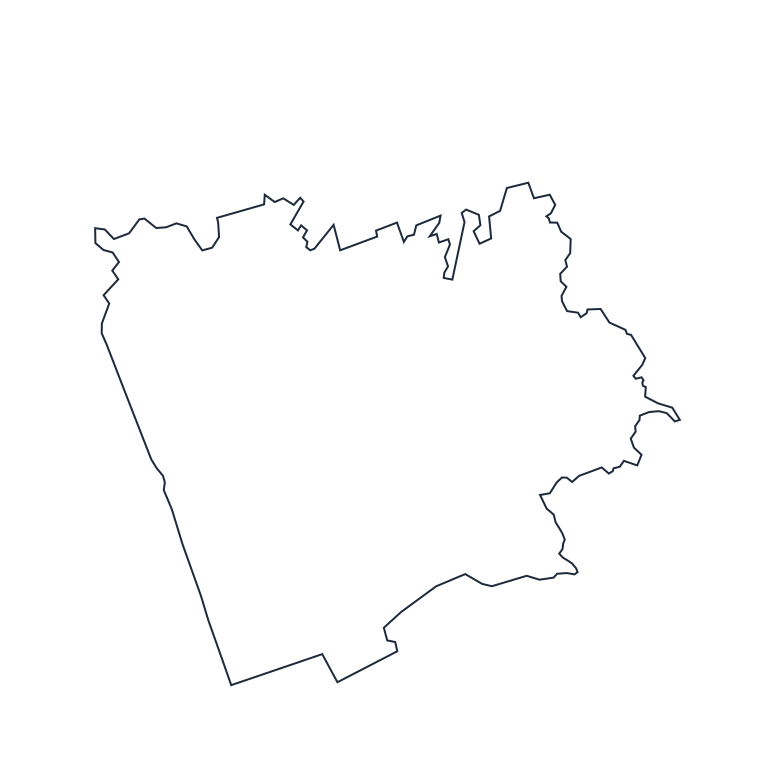 outline of Farish, Jizzakh, Uzbekistan, rotated 247°
{"feature_id": "79887680B52998751839701", "entity_name": "Farish", "entity_type": "district", "adm_level": 2, "iso_a3": "UZB", "parent_name": "Uzbekistan", "parent_adm1": "Jizzakh", "projection": "robinson", "projection_center": [67.349, 40.658], "detail": "fine", "context": "isolated", "style": "outline", "palette": "slate", "viewbox_px": 768, "rotation_deg": 247, "n_neighbors": 0, "source": "geoboundaries", "source_scale": "gbopen_adm2", "svg_char_len": 2446}
<svg xmlns="http://www.w3.org/2000/svg" viewBox="0 0 768 768"><g transform="rotate(247 384 384)"><path d="M139.5,464.5L141.7,469.2L138.5,478.5L134.3,485.0L135.2,488.7L139.2,488.8L145.2,487.1L149.3,484.4L154.4,480.8L159.4,479.0L162.3,483.8L167.2,486.7L170.1,489.6L177.1,489.8L183.1,489.0L189.5,487.9L197.4,489.2L205.8,485.0L220.9,484.3L218.6,493.9L225.9,504.5L228.4,511.3L226.3,515.7L220.3,518.9L223.2,527.6L222.1,551.8L213.7,556.0L214.4,560.5L216.7,562.4L215.7,568.7L219.5,574.8L210.1,585.3L218.2,593.4L227.8,589.2L237.3,589.8L241.8,597.0L246.9,598.6L251.0,605.1L254.9,607.1L254.6,617.1L251.6,626.4L246.7,632.9L235.9,637.1L235.4,642.3L249.6,640.1L259.0,628.8L270.3,619.4L278.9,623.8L281.3,621.6L284.8,622.5L286.0,624.4L289.5,623.7L290.5,617.8L294.1,616.8L300.8,629.3L305.8,634.6L332.7,630.6L335.2,627.3L339.5,627.4L352.5,615.5L368.4,612.7L373.1,600.5L370.0,598.2L368.6,591.1L373.8,590.5L379.6,581.0L390.7,580.2L395.8,581.9L402.2,589.9L409.4,586.8L416.5,589.2L420.5,598.3L427.2,599.3L431.7,606.5L444.5,612.5L455.0,606.6L464.8,606.5L467.8,599.9L472.1,600.4L474.9,599.0L475.9,604.3L482.0,611.6L493.5,610.5L496.4,594.6L512.9,595.5L516.4,573.7L498.0,558.5L497.2,546.2L476.1,539.5L475.8,526.8L489.6,526.2L492.5,534.8L502.7,537.4L512.5,527.7L511.1,522.4L501.6,521.4L453.4,487.7L458.3,480.4L463.0,483.1L467.2,488.9L477.0,489.6L486.6,499.2L492.1,499.8L492.8,489.8L501.5,491.2L502.1,483.8L510.7,497.8L516.9,501.8L517.4,475.7L509.7,469.9L510.8,463.2L507.0,457.8L527.5,459.0L528.3,436.6L522.4,435.3L524.2,395.9L550.2,399.8L535.7,372.8L535.9,368.4L540.3,365.9L544.9,369.1L550.6,366.7L555.5,373.2L562.4,369.7L559.0,364.8L567.5,360.2L583.4,381.3L588.2,379.6L584.1,370.9L594.3,363.8L594.2,354.5L604.8,348.2L596.2,343.8L602.2,295.2L597.4,294.4L583.7,289.6L576.6,279.1L578.0,268.9L591.1,266.0L606.1,264.0L613.0,255.7L613.4,244.6L616.6,235.3L629.9,228.1L631.1,223.1L622.3,208.2L623.0,192.0L635.3,187.4L640.3,179.0L626.5,173.4L617.0,178.1L611.1,185.6L599.8,187.7L594.6,178.2L584.2,180.3L575.3,160.6L565.4,162.5L549.9,147.9L541.1,144.0L538.9,144.0L528.3,144.1L478.9,142.5L418.8,140.7L405.5,140.3L395.6,141.8L385.8,144.7L379.0,143.8L372.4,139.8L360.8,139.8L351.2,139.7L314.9,135.9L301.0,135.1L260.2,132.7L235.5,130.0L193.0,127.4L166.5,125.7L159.5,221.6L127.7,224.6L132.8,291.8L142.1,293.5L146.7,286.8L159.7,288.6L167.4,310.5L177.4,352.9L177.3,384.5L161.6,396.3L155.7,404.3L151.7,440.4L143.1,450.7L139.5,464.5Z" fill="none" stroke="#1e293b" stroke-width="2"/></g></svg>